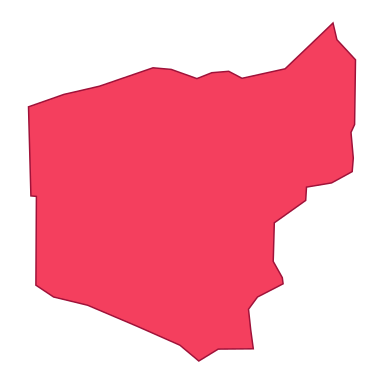 Madaoua, Tahoua, Niger
{"feature_id": "23599985B88186704259068", "entity_name": "Madaoua", "entity_type": "district", "adm_level": 2, "iso_a3": "NER", "parent_name": "Niger", "parent_adm1": "Tahoua", "projection": "natural_earth1", "projection_center": [6.217, 14.01], "detail": "fine", "context": "isolated", "style": "filled", "palette": "rose", "viewbox_px": 384, "rotation_deg": 0, "n_neighbors": 0, "source": "geoboundaries", "source_scale": "gbopen_adm2", "svg_char_len": 590}
<svg xmlns="http://www.w3.org/2000/svg" viewBox="0 0 384 384"><path d="M35.9,285.2L53.6,297.0L87.5,305.2L137.4,326.4L179.9,345.2L198.8,361.0L218.2,349.1L253.3,348.8L250.7,329.7L248.5,309.2L257.5,297.0L283.1,283.8L282.3,277.6L273.2,261.4L273.4,255.4L274.3,222.8L305.7,200.4L306.5,187.1L331.6,182.9L352.2,171.6L353.3,158.1L351.0,132.4L354.6,124.5L355.5,59.8L336.9,39.7L333.0,23.0L320.6,34.9L285.1,68.8L242.0,78.3L228.7,71.3L211.8,72.7L196.9,78.6L171.2,69.4L153.0,67.8L99.4,86.2L63.9,94.4L28.5,106.8L30.9,195.9L36.4,196.4L35.9,285.2Z" fill="#f43f5e" stroke="#9f1239" stroke-width="1.5"/></svg>